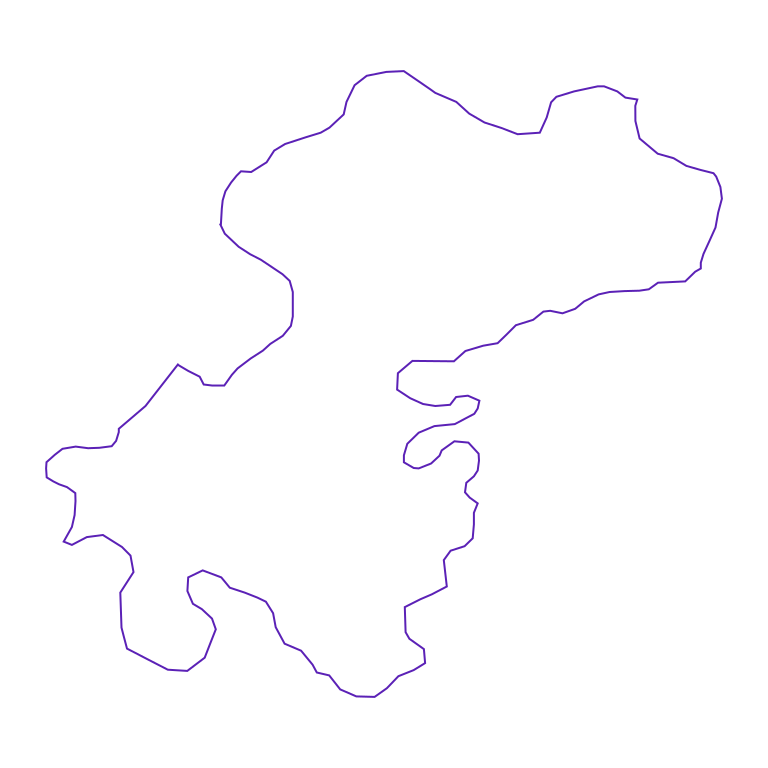 Khojavend District, Xocavənd, Azerbaijan (Natural Earth projection)
{"feature_id": "54616110B38461317640181", "entity_name": "Khojavend District", "entity_type": "district", "adm_level": 2, "iso_a3": "AZE", "parent_name": "Azerbaijan", "parent_adm1": "Xocavənd", "projection": "natural_earth1", "projection_center": [47.013, 39.65], "detail": "fine", "context": "isolated", "style": "outline", "palette": "violet", "viewbox_px": 768, "rotation_deg": 0, "n_neighbors": 0, "source": "geoboundaries", "source_scale": "gbopen_adm2", "svg_char_len": 2615}
<svg xmlns="http://www.w3.org/2000/svg" viewBox="0 0 768 768"><path d="M637.3,99.5L625.4,97.6L617.3,91.4L604.0,86.3L597.9,86.3L574.1,91.4L556.4,96.8L551.1,102.3L546.7,117.5L539.8,132.7L517.6,134.2L501.5,128.0L484.5,122.5L469.2,113.6L456.3,101.9L435.3,92.9L430.0,89.1L403.8,71.1L386.4,71.9L366.7,75.8L354.6,85.2L346.5,101.9L343.7,114.4L329.5,127.6L320.7,132.7L305.7,137.3L285.1,144.0L274.2,150.6L266.6,162.3L251.2,172.0L241.0,171.3L236.6,175.7L231.1,182.5L225.4,191.3L222.7,200.3L221.8,208.7L220.9,224.5L220.4,224.6L224.8,233.7L238.7,246.8L250.1,254.2L260.8,259.7L282.5,274.2L289.7,280.9L292.8,292.0L292.8,302.6L292.8,316.5L290.9,325.9L282.8,335.8L270.3,343.9L262.9,350.6L250.8,358.4L237.6,368.4L231.9,374.8L224.3,385.5L211.9,385.5L203.7,384.5L199.7,376.7L188.2,370.9L178.9,365.4L177.9,364.5L145.5,406.0L118.8,428.8L118.8,432.1L116.1,440.9L111.7,446.2L99.3,447.8L88.1,448.2L75.7,446.6L62.5,448.8L54.8,454.8L46.5,462.2L46.1,468.4L46.7,477.4L53.3,481.4L59.1,484.3L67.0,487.1L75.3,493.1L75.5,501.1L74.6,515.1L71.9,527.0L63.7,541.6L71.9,544.9L86.8,537.1L102.9,535.0L122.0,547.0L130.5,555.6L133.5,572.1L120.3,592.6L121.5,627.6L123.9,636.9L127.0,648.6L147.8,659.4L167.8,669.7L177.3,670.3L187.3,670.9L204.7,657.7L210.3,643.3L215.8,629.3L212.0,618.6L201.8,609.1L192.9,603.8L187.4,591.0L188.2,577.4L202.7,570.4L221.3,577.4L229.8,587.7L244.7,592.6L257.4,597.6L265.9,601.7L273.1,613.2L275.7,627.2L284.6,643.7L301.1,650.7L312.6,664.7L316.8,672.5L329.2,675.4L340.2,689.4L356.3,696.4L374.6,696.9L386.9,688.2L398.4,676.2L413.7,670.1L425.1,663.1L423.9,649.1L409.4,638.8L405.6,632.2L404.8,607.1L420.5,599.2L431.9,594.3L435.5,592.4L446.8,586.5L443.8,560.1L450.6,550.7L464.6,546.2L472.7,538.3L473.9,524.4L473.9,512.8L477.7,503.4L469.7,497.6L465.0,492.3L466.3,482.8L473.9,476.3L477.7,470.5L479.0,460.6L478.6,453.7L468.4,442.6L454.4,441.3L441.7,450.4L439.5,455.7L431.1,463.5L418.7,468.4L413.7,468.0L403.9,462.3L403.9,455.3L407.3,443.8L418.7,432.7L434.4,426.1L454.8,424.1L465.0,418.7L474.3,413.8L477.7,408.5L479.4,400.7L467.9,395.7L456.1,397.0L450.1,404.8L435.3,406.0L423.0,404.0L410.2,398.2L397.1,389.6L397.9,373.2L412.4,360.9L453.9,361.3L465.4,351.0L483.2,345.7L497.6,343.2L506.1,335.0L515.9,325.2L533.2,319.8L543.4,311.6L550.2,310.8L562.5,313.3L575.2,308.8L584.1,301.4L598.6,294.4L609.6,292.0L624.4,291.1L639.3,290.7L648.8,289.3L658.0,282.7L685.2,281.4L695.2,271.7L700.8,268.5L700.8,262.7L703.5,253.9L709.6,240.6L715.5,227.5L718.2,212.5L721.9,198.7L720.4,187.0L716.2,176.6L713.5,173.2L700.4,169.9L686.4,165.9L673.6,158.2L657.7,153.7L639.6,138.5L635.4,121.0L635.3,105.8L637.3,99.5Z" fill="none" stroke="#5b21b6" stroke-width="2"/></svg>